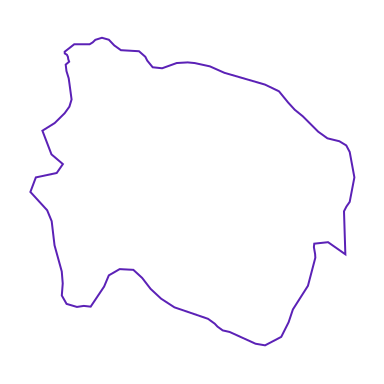 map outline of K. Maras (Robinson projection), rotated 93°
{"feature_id": "TUR-2283", "entity_name": "K. Maras", "entity_type": "Province", "adm_level": 1, "iso_a3": "TUR", "parent_name": "Turkey", "parent_adm1": "", "projection": "robinson", "projection_center": [36.909, 37.929], "detail": "fine", "context": "isolated", "style": "outline", "palette": "violet", "viewbox_px": 384, "rotation_deg": 93, "n_neighbors": 0, "source": "natural_earth", "source_scale": "10m", "svg_char_len": 1168}
<svg xmlns="http://www.w3.org/2000/svg" viewBox="0 0 384 384"><g transform="rotate(93 192 192)"><path d="M97.6,100.7L104.5,93.7L110.6,85.3L125.2,69.1L131.3,59.6L133.6,47.5L137.4,40.4L143.8,36.6L168.9,30.6L193.6,34.0L198.4,37.0L203.3,39.2L246.2,35.6L235.0,53.5L237.2,67.2L240.6,67.4L247.6,65.8L251.2,65.4L279.6,71.3L304.0,85.1L317.0,88.7L332.0,95.3L341.3,111.0L340.2,120.6L329.8,147.1L328.6,154.1L325.1,159.5L322.3,162.4L317.8,169.4L308.1,203.5L300.2,217.2L290.9,228.3L280.4,237.3L272.8,246.5L272.8,260.2L279.6,270.7L291.0,274.8L311.8,287.2L311.4,294.1L312.8,300.9L310.3,311.4L302.2,316.6L290.1,316.3L278.2,317.9L252.4,326.5L228.5,330.6L217.8,335.7L200.4,353.4L185.6,348.7L180.1,328.1L170.9,322.4L161.8,334.3L138.6,344.6L130.3,332.7L120.0,323.3L113.2,318.9L105.9,317.1L90.5,320.0L84.9,321.1L77.8,323.7L71.4,324.8L68.3,321.5L65.9,322.5L63.5,323.0L61.5,324.1L60.3,326.3L58.6,326.5L50.6,317.3L49.8,301.9L47.8,299.0L45.1,296.5L42.7,290.0L44.3,283.0L49.7,277.3L54.1,270.4L54.2,252.3L59.4,245.7L63.1,243.6L69.5,237.8L70.0,228.3L64.0,214.0L62.8,203.1L63.1,196.0L65.6,180.7L71.3,165.8L80.9,124.8L86.9,110.4L97.6,100.7Z" fill="none" stroke="#5b21b6" stroke-width="2"/></g></svg>